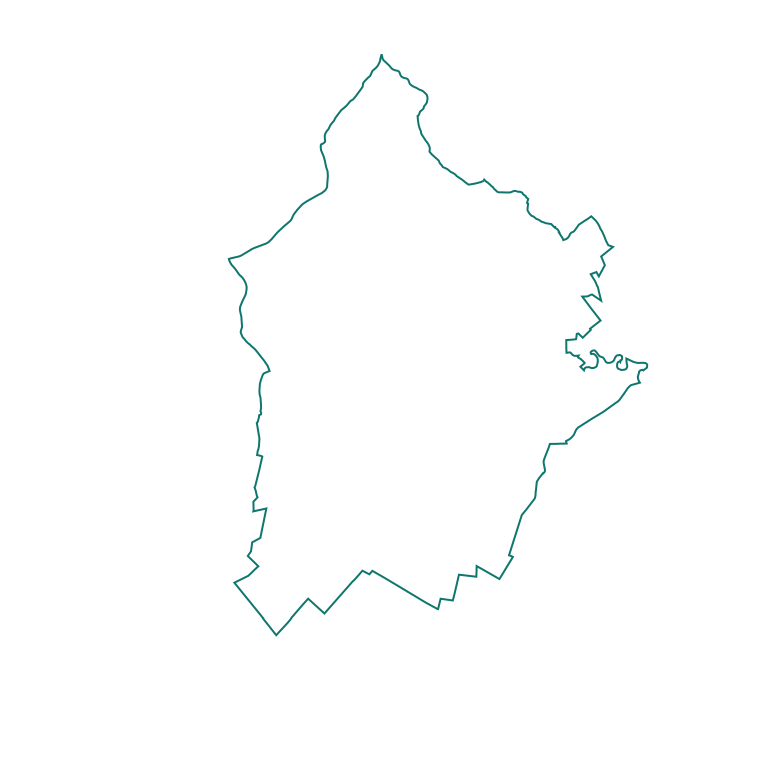 the district of Ozun, Covasna, Romania, rotated 220°
{"feature_id": "2599482B7707207795869", "entity_name": "Ozun", "entity_type": "district", "adm_level": 2, "iso_a3": "ROU", "parent_name": "Romania", "parent_adm1": "Covasna", "projection": "orthographic", "projection_center": [25.876, 45.801], "detail": "fine", "context": "isolated", "style": "outline", "palette": "teal", "viewbox_px": 768, "rotation_deg": 220, "n_neighbors": 0, "source": "geoboundaries", "source_scale": "gbopen_adm2", "svg_char_len": 6166}
<svg xmlns="http://www.w3.org/2000/svg" viewBox="0 0 768 768"><g transform="rotate(220 384 384)"><path d="M597.8,635.1L595.7,630.5L594.9,629.4L594.2,627.6L593.4,624.1L593.3,622.5L593.4,621.1L594.1,616.3L592.6,611.0L593.1,608.6L593.5,603.5L593.4,601.6L593.3,601.0L591.4,597.9L591.1,594.1L590.8,588.8L590.6,586.7L590.6,582.2L591.6,579.2L591.6,573.3L592.1,569.7L592.8,566.4L592.7,564.1L592.3,556.7L591.5,553.4L591.6,551.8L591.5,548.0L590.4,543.8L590.4,540.9L590.0,538.5L589.4,536.9L588.8,535.9L586.9,533.8L585.5,532.6L584.9,531.8L584.9,530.7L585.2,529.2L586.2,527.1L586.1,526.7L585.9,526.2L585.2,525.5L584.3,524.2L583.1,523.3L582.6,522.7L576.6,519.6L572.8,517.0L567.8,513.0L564.0,510.7L560.8,507.4L555.3,499.7L554.3,498.6L553.7,496.5L553.5,494.6L554.4,490.2L555.7,487.2L560.5,474.5L561.7,470.4L562.1,468.5L562.4,461.6L562.1,455.6L560.6,450.1L560.7,448.1L561.9,441.2L562.8,434.1L563.1,431.2L563.2,422.9L563.6,418.5L564.6,415.8L570.8,404.8L571.9,402.5L572.9,399.4L576.1,390.3L577.3,388.2L582.2,381.7L583.2,380.1L582.2,379.3L579.9,378.2L577.2,377.3L572.3,376.6L565.0,374.7L562.5,374.6L560.2,374.3L558.3,373.8L555.3,372.6L552.5,370.8L551.2,369.6L550.1,368.1L548.1,364.8L547.4,363.2L545.6,356.1L544.0,351.3L543.5,350.1L541.8,347.9L538.2,345.1L536.9,344.2L530.4,337.5L529.4,336.5L527.7,332.5L526.9,331.4L525.0,330.3L522.1,328.9L520.3,328.8L517.1,328.1L514.8,327.9L512.1,328.0L510.3,327.8L505.9,327.7L504.0,327.5L490.8,324.8L484.8,323.1L480.0,320.4L482.6,315.5L482.9,314.0L482.4,312.1L480.8,307.7L479.0,304.1L475.3,299.0L472.9,296.4L469.8,294.1L463.7,287.8L461.8,285.1L461.1,283.7L459.7,283.0L459.2,282.5L458.8,281.9L458.8,281.3L459.6,280.0L458.3,277.9L456.6,274.4L456.3,273.5L456.5,272.5L444.4,262.2L439.8,256.0L438.4,253.4L437.5,251.1L436.4,249.5L435.6,248.0L432.1,249.8L430.6,250.2L424.1,237.6L416.8,222.6L416.8,221.6L413.5,219.7L409.8,216.8L408.0,215.9L408.4,209.9L402.5,203.2L402.2,202.5L394.1,213.0L379.8,186.6L383.2,178.0L378.3,170.3L377.8,164.7L363.1,163.6L363.7,158.9L364.6,150.0L370.9,135.6L325.9,126.9L325.9,126.6L305.1,122.3L304.3,138.9L304.3,144.1L304.7,145.8L304.6,146.4L304.4,162.9L304.1,170.8L282.1,169.9L281.1,213.0L280.8,214.2L280.6,220.4L280.5,227.1L272.9,228.8L272.8,233.4L256.8,236.2L211.5,243.4L198.4,246.0L197.9,246.3L202.6,255.9L192.1,262.4L195.6,269.6L204.0,286.1L189.4,295.7L192.4,299.6L196.0,304.1L170.2,308.8L174.1,334.4L176.6,333.8L178.1,333.1L178.2,333.3L194.2,372.2L194.3,380.0L194.9,393.0L195.3,394.2L196.5,396.3L198.9,399.4L198.9,399.7L203.9,407.0L204.3,408.4L204.7,411.5L204.9,417.8L204.5,417.9L204.5,420.2L205.4,421.6L210.9,426.1L212.3,427.7L213.8,431.7L216.9,441.0L218.4,444.7L215.0,447.7L214.0,448.4L213.4,449.1L205.8,455.8L207.9,457.2L206.4,460.9L205.9,463.9L205.9,467.0L207.4,472.5L207.3,475.5L202.4,491.0L198.2,503.3L194.2,519.0L193.6,521.0L193.4,522.9L193.8,529.5L194.6,537.6L194.3,540.8L194.1,541.7L193.5,542.7L188.8,549.5L190.4,550.0L192.2,550.9L194.0,552.4L195.2,554.8L195.9,556.7L196.4,557.2L196.5,558.3L196.3,559.4L195.0,561.1L194.1,561.1L193.1,565.6L194.7,567.9L195.4,568.2L196.9,568.2L198.8,567.1L203.3,563.1L207.0,561.3L214.7,559.3L211.8,556.2L209.1,554.1L208.5,552.8L208.2,551.0L209.1,549.4L211.1,547.4L213.4,546.5L214.9,546.3L216.2,546.8L217.3,547.9L218.4,549.5L218.7,551.1L218.7,551.5L218.0,552.9L217.7,552.9L217.2,552.8L218.0,554.1L217.6,554.3L217.5,555.6L217.9,556.5L219.5,558.2L221.1,558.1L222.0,557.8L223.9,555.6L224.1,555.0L223.9,552.5L223.0,549.8L223.2,548.2L223.8,546.6L225.0,545.0L226.0,544.1L227.2,543.6L228.4,543.6L231.9,544.8L232.9,545.0L233.7,544.9L236.5,543.9L237.6,543.9L241.9,544.9L243.5,545.2L244.3,545.0L245.0,544.5L245.5,543.8L246.0,542.8L246.2,541.7L245.9,540.9L245.1,540.3L244.4,540.2L243.6,541.2L242.4,541.9L241.2,542.0L239.6,541.8L237.4,541.2L235.7,539.9L234.2,537.9L233.1,535.8L232.5,534.2L232.6,533.4L233.6,531.1L234.6,530.2L235.7,529.4L237.6,528.8L239.5,527.1L240.0,526.3L240.3,525.4L240.2,524.3L239.6,523.0L244.7,523.5L243.8,527.9L243.8,529.1L245.7,529.4L249.2,529.6L252.4,529.1L253.0,529.6L253.2,530.9L254.9,529.0L256.4,527.9L258.2,527.5L260.8,527.9L262.0,527.7L264.2,525.2L266.9,528.1L272.6,534.8L269.5,537.8L265.7,541.7L265.8,542.1L268.5,546.3L267.7,547.6L261.5,547.2L260.4,558.4L261.7,558.7L258.9,571.8L273.8,575.0L288.3,578.4L285.5,580.9L284.5,581.9L284.0,582.8L282.7,585.6L282.1,586.3L271.2,587.4L277.7,592.1L282.3,595.6L284.2,596.3L286.7,597.7L288.3,598.4L296.2,601.0L293.3,606.3L288.6,604.5L291.2,617.0L299.6,621.3L296.7,636.2L301.4,634.5L305.6,636.2L311.1,639.2L314.6,640.9L318.4,642.2L320.9,643.5L323.0,644.3L326.9,645.3L333.0,645.7L334.2,640.9L335.0,638.6L337.1,631.5L337.1,630.8L336.9,628.9L336.6,623.6L336.8,622.4L337.8,620.3L337.9,618.8L337.2,615.9L337.2,613.9L337.4,612.9L337.7,611.9L339.2,609.5L340.7,610.4L347.4,612.5L347.2,612.9L349.8,613.9L351.5,613.9L353.5,613.6L353.9,614.3L354.9,613.6L356.1,613.7L356.5,613.9L357.3,613.8L358.5,614.1L363.6,611.1L366.2,610.3L367.2,609.7L371.3,609.2L373.5,608.4L377.1,608.4L379.1,607.7L381.9,608.0L385.3,609.1L386.0,609.6L386.9,610.8L389.5,614.8L390.8,614.6L392.5,618.5L392.9,618.4L395.1,618.5L396.1,619.0L398.2,618.8L399.7,618.9L401.2,619.4L403.6,618.6L404.3,617.8L407.9,616.1L408.6,615.3L410.1,612.4L410.7,611.6L413.8,609.0L416.4,607.0L418.7,605.1L419.7,604.4L420.6,604.1L425.7,604.3L426.7,604.8L428.2,604.7L434.4,605.0L435.2,604.7L438.6,605.0L438.3,604.0L438.6,602.8L439.8,600.7L442.9,596.3L447.1,591.3L448.5,590.9L455.7,590.7L462.0,590.0L463.9,590.3L466.9,590.0L468.9,589.4L470.1,589.3L471.3,589.4L473.9,589.3L478.4,588.0L480.6,588.7L482.2,588.8L483.5,589.2L485.7,590.3L494.6,590.6L497.5,591.0L498.4,591.2L499.7,593.1L501.4,594.9L504.7,596.4L508.7,597.3L515.8,599.5L517.0,600.2L518.0,601.2L521.1,602.8L523.5,604.4L525.3,605.9L528.7,609.0L530.5,610.9L530.2,611.3L530.4,613.0L531.4,615.7L531.4,616.8L531.1,617.5L530.8,620.3L531.8,622.5L531.8,624.7L532.1,627.1L533.8,630.2L535.1,631.7L536.9,632.9L538.5,633.2L542.0,633.4L544.5,632.9L546.2,632.2L549.5,631.7L552.7,630.7L555.7,630.4L557.4,630.6L560.3,632.3L562.1,632.8L562.8,632.6L566.5,630.9L568.2,630.7L569.7,631.1L572.5,632.7L573.8,633.0L574.9,632.7L577.0,631.5L580.0,630.6L582.3,630.8L584.4,631.3L592.3,631.7L593.7,632.0L597.8,635.1Z" fill="none" stroke="#0f766e" stroke-width="2"/></g></svg>